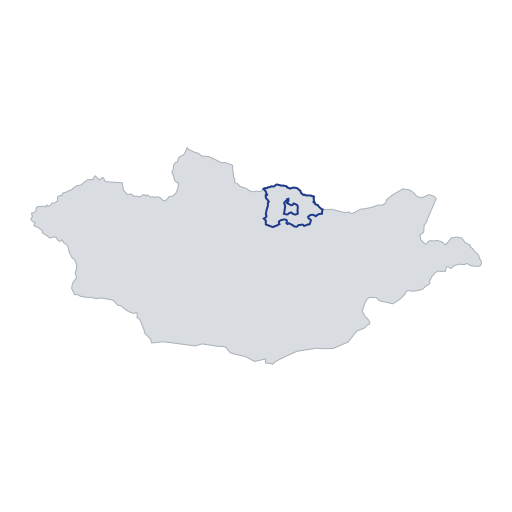 Selenge on a map of Mongolia (Mercator projection)
{"feature_id": "MNG-3326", "entity_name": "Selenge", "entity_type": "Province", "adm_level": 1, "iso_a3": "MNG", "parent_name": "Mongolia", "parent_adm1": "", "projection": "mercator", "projection_center": [106.313, 49.491], "detail": "fine", "context": "in_parent", "style": "outline", "palette": "blue", "viewbox_px": 512, "rotation_deg": 0, "n_neighbors": 0, "source": "natural_earth", "source_scale": "10m", "svg_char_len": 7793}
<svg xmlns="http://www.w3.org/2000/svg" viewBox="0 0 512 512"><path d="M31.7,213.0L33.4,213.0L35.9,211.0L36.2,208.3L37.0,206.8L43.2,206.1L46.0,206.9L46.4,205.2L46.9,204.9L48.4,206.3L49.9,205.7L50.9,205.1L51.7,203.0L53.9,203.3L57.5,201.1L57.4,197.0L58.8,196.0L62.0,195.3L62.4,193.4L63.1,192.9L65.5,192.4L69.6,190.3L71.5,190.1L73.0,188.2L76.7,185.8L82.2,184.7L82.6,183.5L87.6,179.7L93.1,179.5L94.5,176.2L95.3,175.9L99.1,179.8L100.7,179.3L101.3,177.8L103.6,177.8L104.5,180.5L105.8,181.7L121.9,182.7L122.4,183.7L123.4,190.1L126.3,193.0L127.0,194.4L131.4,194.0L134.0,196.3L137.8,196.2L139.7,196.8L143.5,194.6L144.3,194.6L145.5,195.8L147.3,194.9L150.8,197.1L153.5,196.7L154.8,197.6L156.4,196.8L160.2,197.5L163.4,200.8L165.5,200.5L168.0,198.3L168.7,196.8L172.4,196.1L174.5,194.6L175.9,193.2L177.9,188.3L178.4,183.2L176.5,182.4L174.9,180.8L173.9,178.0L173.8,176.1L172.0,173.2L172.1,171.7L173.2,169.2L173.7,165.1L175.0,162.8L177.5,161.6L177.8,159.9L179.4,156.8L183.4,154.9L185.7,151.3L187.0,147.7L188.9,149.6L194.2,152.1L198.5,153.3L201.4,155.9L209.0,156.6L221.8,162.8L224.5,162.4L232.1,165.0L232.7,165.9L232.6,170.5L233.2,171.8L233.5,176.7L234.9,179.1L234.5,182.1L235.2,183.0L237.1,183.4L240.1,186.4L246.8,188.6L248.8,190.5L253.4,191.9L255.7,191.1L259.6,191.5L261.0,191.2L263.5,188.9L265.0,188.2L273.9,186.4L276.3,184.8L277.9,184.5L284.8,186.0L289.6,188.3L296.5,188.1L299.7,190.6L301.1,193.0L303.8,195.1L313.4,196.0L313.8,196.6L313.7,201.6L314.1,202.4L320.3,208.0L323.2,209.6L331.9,209.3L345.4,212.8L348.6,211.8L351.4,213.5L352.5,213.4L361.3,208.9L362.6,209.1L371.7,207.4L377.5,205.1L381.9,205.2L385.4,203.2L386.9,199.3L392.7,194.8L402.8,188.9L409.1,189.8L412.7,191.9L416.5,196.0L418.7,197.2L422.7,197.5L428.5,194.7L431.6,195.4L434.4,196.6L436.2,198.7L427.1,219.9L427.0,221.1L424.1,225.5L423.7,232.4L420.0,234.9L420.5,238.8L421.3,240.3L425.2,244.2L426.6,243.7L427.7,242.0L429.9,240.6L433.9,241.0L437.3,240.4L441.7,241.7L445.6,244.9L451.4,237.9L456.7,237.0L461.7,238.0L465.3,242.7L469.8,244.9L471.0,247.5L472.8,248.6L473.3,249.9L478.7,255.3L479.7,258.8L481.3,261.3L481.3,263.9L480.9,265.1L478.6,266.4L471.0,265.8L466.5,263.3L464.8,264.7L459.0,264.2L455.7,265.2L453.4,266.2L452.1,267.8L451.1,268.2L450.1,268.2L448.3,266.8L446.8,266.8L446.4,267.2L445.3,271.4L440.4,271.4L438.7,270.9L434.5,272.9L433.9,274.5L431.7,276.8L429.6,281.0L430.0,282.8L429.4,284.0L425.7,286.3L422.2,289.6L414.9,291.0L411.5,291.2L409.0,290.4L406.5,291.0L404.5,294.7L399.8,299.3L392.9,303.8L380.5,301.0L379.0,300.4L376.4,297.6L369.2,297.5L367.1,299.3L365.3,302.1L362.2,311.2L365.0,316.3L368.3,319.6L369.7,322.0L369.7,324.0L367.4,324.9L364.3,328.1L356.7,331.1L348.2,342.0L333.3,348.4L324.2,348.8L317.0,348.2L297.3,351.2L284.7,356.8L275.3,361.6L273.2,363.9L272.3,364.3L270.6,363.4L265.5,363.1L265.5,359.0L254.5,361.4L245.5,356.6L232.7,353.7L230.1,352.6L225.7,347.2L223.4,346.5L217.8,346.3L202.2,343.9L195.0,345.9L163.3,341.7L151.8,343.0L151.4,342.5L150.6,339.1L145.2,333.7L144.4,332.4L144.2,330.3L139.8,319.3L137.0,317.6L137.3,312.9L133.1,313.3L128.4,311.5L123.5,308.2L121.2,305.7L117.8,305.2L113.6,300.7L111.6,299.8L101.4,298.0L96.3,298.6L90.8,297.4L84.5,297.2L82.5,296.3L80.7,296.4L77.1,294.4L74.6,294.8L71.6,288.3L72.3,284.2L73.5,281.7L76.4,278.0L76.3,276.6L75.1,273.3L76.8,267.3L76.2,263.5L74.5,259.3L72.4,258.3L69.3,252.5L68.3,248.0L67.0,244.8L63.8,243.0L62.7,240.2L61.8,240.0L61.1,240.9L59.2,241.3L57.3,239.5L56.2,237.6L55.0,237.0L53.0,237.1L51.1,238.0L49.0,237.6L47.2,235.8L42.4,233.0L42.3,231.0L41.6,229.6L40.1,229.2L38.7,227.7L34.0,225.9L33.9,224.9L35.2,222.7L32.0,220.9L30.7,219.0L32.5,216.5L31.7,214.8L31.7,213.0Z" fill="#d9dde1" stroke="#a8b0b8" stroke-width="1"/><path d="M277.1,184.5L281.5,185.7L283.4,185.5L283.8,185.6L284.5,185.9L285.2,186.1L286.0,186.1L286.3,186.2L287.1,186.8L287.1,187.1L287.2,187.3L287.2,187.5L287.3,187.6L288.4,187.8L288.8,187.9L289.4,188.4L289.7,188.5L290.0,188.6L292.7,187.7L294.2,187.6L295.7,187.8L297.0,188.2L297.6,188.5L299.7,190.3L300.2,190.6L300.3,190.8L300.5,191.6L300.6,191.9L300.9,192.2L301.0,192.3L301.1,192.5L301.2,193.1L301.4,193.3L301.5,193.5L302.0,193.7L302.2,193.8L302.9,194.5L303.2,194.8L303.7,195.0L304.1,194.9L304.5,194.7L304.8,194.7L305.7,195.4L310.8,195.5L311.0,195.6L311.6,196.0L311.9,196.1L312.3,196.1L312.5,196.1L313.1,196.3L313.8,196.4L314.0,196.6L313.9,197.1L313.8,197.5L313.7,197.8L313.6,198.1L313.6,198.6L313.9,199.6L313.9,200.4L313.9,200.7L313.9,201.0L313.5,201.8L313.5,202.1L314.0,202.3L314.6,202.2L314.8,202.4L314.7,202.9L314.6,203.2L314.8,203.5L315.0,203.8L316.1,204.6L316.3,204.7L317.5,204.9L317.9,205.1L318.1,205.3L318.2,205.5L318.3,205.8L318.4,206.1L319.3,207.1L321.2,208.8L322.1,209.5L322.6,209.5L322.1,211.7L321.9,213.8L321.3,213.8L320.9,213.8L319.3,214.0L318.8,214.2L317.8,214.7L316.9,215.2L316.7,215.4L316.3,215.8L315.8,216.3L314.5,215.4L314.1,215.2L313.6,215.0L313.3,214.9L312.7,214.8L311.7,214.9L311.3,214.9L310.5,215.1L310.0,215.3L309.0,216.0L308.0,217.0L308.7,218.4L308.9,218.6L309.4,219.0L310.2,219.4L310.5,219.6L310.8,220.0L310.9,220.3L310.8,220.9L310.5,221.7L310.2,222.6L310.0,223.2L309.8,223.9L309.6,224.1L309.5,224.3L309.2,224.4L308.9,224.5L308.2,224.4L307.9,224.4L307.6,224.5L307.2,224.8L306.6,225.1L305.8,225.4L304.1,225.9L303.5,225.2L303.3,225.0L303.0,224.8L302.7,224.7L302.1,224.6L301.6,224.7L300.5,224.9L300.2,225.0L299.3,224.9L298.8,225.0L298.5,225.1L298.1,225.5L297.8,225.9L297.2,226.4L296.8,226.6L296.3,226.8L295.8,226.7L294.6,226.5L294.0,226.2L293.2,225.8L293.1,225.5L292.8,225.2L290.7,224.2L288.9,223.2L288.5,223.5L288.2,223.7L287.5,224.0L286.8,223.5L286.5,223.3L286.4,223.1L286.7,222.4L286.9,221.5L286.9,221.0L286.8,220.6L286.7,220.4L286.5,220.1L286.1,219.8L285.6,219.7L284.2,219.4L281.6,220.0L280.7,220.3L280.4,220.5L279.7,220.9L278.8,221.7L278.9,222.3L279.2,223.4L279.5,224.1L278.5,224.6L277.5,225.0L276.8,225.5L276.3,225.8L276.0,225.9L275.2,226.0L274.9,226.1L274.0,226.6L273.6,226.8L273.4,227.0L273.1,227.0L272.7,227.0L272.0,226.8L271.1,226.4L270.1,226.1L269.4,225.9L268.4,225.4L265.9,224.5L265.8,223.6L265.7,222.1L265.9,221.7L265.9,221.4L266.0,221.1L265.6,220.4L265.1,219.8L264.5,219.3L263.8,218.6L265.1,217.8L265.8,217.3L266.2,216.8L266.4,216.6L266.5,216.2L266.5,215.9L266.4,215.6L266.0,214.8L265.8,214.2L266.0,213.2L266.3,211.5L266.6,210.1L266.9,208.7L267.1,207.9L267.5,207.2L267.8,206.0L267.9,205.6L267.9,204.9L267.9,202.6L268.8,201.7L268.4,201.0L268.1,200.5L266.6,198.8L266.0,198.1L265.8,197.6L265.8,197.2L265.7,196.5L265.7,195.3L266.4,195.3L266.7,195.2L266.9,195.1L267.1,194.9L267.2,194.7L266.3,193.8L266.3,193.1L266.2,192.7L266.0,192.0L265.8,191.6L264.8,190.2L263.4,189.0L263.8,188.6L264.2,188.3L265.2,188.1L266.6,188.1L267.1,188.0L267.4,187.8L267.9,187.3L268.3,187.2L269.6,187.2L270.0,187.1L270.8,186.5L271.1,186.4L271.6,186.3L273.2,186.5L273.6,186.5L274.0,186.4L274.4,186.2L275.9,184.9L276.4,184.6L277.1,184.5ZM291.7,205.2L291.2,205.2L290.5,204.9L289.9,204.6L289.3,204.2L288.7,203.9L288.2,203.6L287.6,203.3L287.1,203.2L287.2,202.7L287.5,202.0L288.3,201.1L288.4,200.9L288.5,200.8L288.5,200.5L288.5,200.0L288.4,198.8L287.3,199.1L287.1,199.2L287.1,199.3L286.7,200.1L286.4,200.6L286.2,200.8L285.2,201.5L284.7,202.3L284.6,202.5L284.2,202.8L284.3,203.5L284.6,204.1L284.6,204.5L284.7,204.9L284.9,205.4L285.0,205.7L285.1,205.9L285.1,206.4L285.0,207.3L285.0,207.7L284.6,209.9L284.4,211.6L284.1,213.1L283.9,213.7L284.7,214.0L285.3,214.2L286.8,214.4L287.1,214.5L287.4,214.4L287.8,214.3L287.9,214.2L288.2,214.0L288.7,213.5L289.6,212.9L290.5,212.6L290.8,212.6L291.5,212.5L292.0,213.2L292.7,213.7L293.1,213.9L295.0,214.6L296.6,214.2L297.7,213.7L297.7,212.0L297.5,210.8L297.6,209.7L297.7,208.6L297.8,207.2L297.7,206.4L297.6,206.0L297.5,205.6L297.3,205.3L296.9,204.9L296.7,204.8L296.1,204.6L295.7,204.3L295.3,204.1L293.6,203.5L293.1,204.3L292.8,204.6L292.3,205.1L292.0,205.2L291.7,205.2Z" fill="none" stroke="#1e3a8a" stroke-width="2"/></svg>